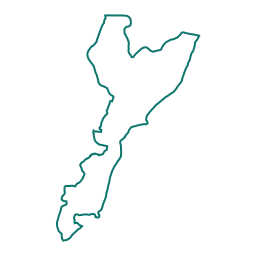 Ovia North-East, Edo, Nigeria
{"feature_id": "59680162B48615386953659", "entity_name": "Ovia North-East", "entity_type": "district", "adm_level": 2, "iso_a3": "NGA", "parent_name": "Nigeria", "parent_adm1": "Edo", "projection": "mercator", "projection_center": [5.497, 6.396], "detail": "fine", "context": "isolated", "style": "outline", "palette": "teal", "viewbox_px": 256, "rotation_deg": 0, "n_neighbors": 0, "source": "geoboundaries", "source_scale": "gbopen_adm2", "svg_char_len": 5344}
<svg xmlns="http://www.w3.org/2000/svg" viewBox="0 0 256 256"><path d="M101.3,209.7L101.6,209.2L101.9,208.4L102.2,207.4L102.5,206.5L102.9,205.0L103.9,202.0L104.4,200.7L105.0,199.8L105.4,197.9L106.1,196.5L106.2,194.3L106.6,192.6L107.2,190.7L107.6,188.8L108.0,186.8L109.1,182.4L109.5,180.5L109.9,177.9L111.1,174.1L111.7,172.4L112.3,170.6L113.4,168.5L114.2,166.8L115.2,165.3L116.1,164.0L117.9,161.0L119.0,159.7L120.6,157.0L121.0,156.1L121.0,155.4L121.0,154.4L121.2,152.9L121.2,151.0L121.0,150.2L121.0,148.9L121.0,147.4L120.8,145.1L120.4,143.6L120.1,142.5L120.3,141.2L120.8,140.6L122.1,139.6L123.4,138.4L124.7,137.4L125.3,136.3L125.1,136.2L125.9,135.1L126.6,134.3L127.6,133.2L128.0,132.8L128.6,131.4L129.0,130.1L130.1,128.6L131.5,127.1L132.7,126.7L134.2,126.4L135.6,126.0L137.3,125.5L139.0,125.1L140.2,124.7L141.7,124.7L142.9,124.4L143.9,124.0L144.8,124.2L145.8,124.4L146.8,123.9L147.4,123.5L147.6,122.9L147.2,121.6L146.6,120.6L146.2,119.9L146.2,119.3L146.2,118.2L146.6,116.7L147.0,115.9L147.4,114.8L148.3,114.0L148.9,113.1L149.7,112.0L150.3,111.3L151.4,110.1L152.8,108.6L155.3,105.8L156.6,104.6L157.2,104.1L163.1,99.2L164.4,98.2L165.6,97.1L167.9,95.8L169.9,94.3L171.6,93.2L172.0,92.9L173.3,92.1L175.1,90.2L176.1,88.9L177.6,86.5L179.5,84.0L181.1,82.0L182.1,80.1L182.3,78.2L183.6,74.9L184.4,72.3L184.8,71.3L186.1,67.9L187.6,65.6L188.0,63.5L188.5,62.4L188.7,61.7L189.7,60.0L190.3,57.6L190.7,55.9L191.3,54.0L192.1,52.3L193.2,51.2L193.8,48.6L194.4,47.1L195.2,42.0L196.7,40.3L197.5,39.1L199.1,35.7L196.3,35.0L193.9,34.6L191.8,34.2L190.1,34.0L186.6,33.2L183.5,32.4L182.4,32.4L181.4,33.0L181.0,33.7L180.2,34.7L179.1,35.8L177.9,37.1L176.9,37.7L175.2,38.4L173.3,39.3L172.0,39.3L170.0,40.1L166.2,42.1L165.6,42.7L164.5,43.8L163.5,44.9L162.8,46.1L160.8,49.8L153.7,51.5L153.4,51.6L152.7,51.7L152.1,51.4L151.0,50.9L149.7,50.0L149.4,49.7L148.7,49.0L146.5,47.3L145.7,47.3L144.0,47.5L141.9,48.4L140.2,49.9L139.1,50.9L138.5,51.4L136.4,53.3L134.9,54.8L134.1,55.9L133.2,57.2L132.0,57.2L131.3,56.5L130.7,55.3L129.2,53.3L128.8,52.1L128.5,51.2L128.7,48.7L128.5,46.1L128.9,43.7L128.6,42.6L128.5,41.4L128.0,40.2L127.2,38.0L126.1,36.3L125.8,35.7L125.3,34.4L124.9,34.1L124.6,32.7L124.4,32.1L124.4,31.3L124.4,29.3L125.0,28.3L125.1,28.2L125.6,27.4L126.7,26.8L128.0,26.6L129.0,26.3L129.7,25.9L130.7,24.6L130.9,22.5L130.5,19.1L129.9,18.3L129.4,17.5L128.6,16.8L127.1,15.9L125.3,15.7L122.9,15.5L105.2,15.4L105.6,17.7L105.0,19.2L104.4,20.1L104.0,22.0L104.0,22.9L102.3,25.3L101.5,27.2L100.7,29.5L99.9,31.4L99.7,32.5L99.1,33.6L98.4,35.7L98.0,37.4L98.0,37.5L97.4,38.5L96.8,40.0L96.8,41.3L95.1,43.6L94.3,44.5L92.9,45.8L91.4,46.6L90.4,47.9L89.8,48.8L88.5,50.5L87.5,53.3L87.3,54.3L87.9,57.3L88.1,57.8L88.6,59.0L89.6,60.5L90.8,62.2L92.1,63.7L92.7,64.7L93.8,66.2L94.4,68.3L94.8,70.0L95.6,72.6L96.3,74.0L96.9,75.7L97.0,76.1L97.3,77.4L98.0,79.6L98.6,82.5L99.2,83.6L100.3,84.9L101.3,85.5L102.3,85.9L102.7,86.1L103.4,86.3L105.2,87.1L106.1,87.6L106.9,88.0L107.9,89.9L108.2,90.7L109.2,93.1L110.0,94.1L111.3,95.2L112.9,96.0L113.4,96.9L113.6,97.3L113.2,97.9L112.1,101.3L111.3,101.1L110.6,101.3L110.1,101.3L109.8,102.4L109.6,103.3L109.4,104.5L108.8,105.6L108.2,106.9L107.8,108.2L107.6,109.2L106.8,110.1L106.8,111.0L106.8,111.8L107.4,113.3L106.8,114.1L106.2,114.8L105.3,115.4L104.5,116.7L103.5,118.0L102.8,118.9L102.6,120.1L102.1,121.1L101.8,121.6L101.2,124.0L101.0,124.9L100.8,126.3L100.2,127.3L99.6,127.4L99.5,128.4L99.8,129.2L100.8,129.6L101.3,129.8L101.2,131.4L101.1,131.9L99.3,131.8L98.7,131.7L97.7,131.7L94.5,131.3L94.0,131.1L93.6,130.7L93.3,132.1L93.2,132.6L93.8,134.1L93.6,135.0L94.0,136.5L94.4,138.4L94.5,139.4L94.8,140.2L95.4,141.2L95.9,141.8L96.9,142.8L97.8,143.5L98.3,143.8L99.0,144.4L99.4,144.5L100.2,144.7L101.7,145.0L102.8,145.3L103.4,145.3L103.7,145.5L105.2,145.7L107.2,146.2L107.1,146.8L107.0,147.3L106.9,148.1L106.9,148.9L106.8,149.6L106.1,150.2L105.0,150.8L104.0,152.0L103.0,154.1L101.7,154.5L101.1,154.6L99.9,154.8L99.5,155.4L98.7,155.2L98.5,154.7L98.0,154.4L97.2,154.3L96.4,154.0L95.2,153.6L94.6,154.1L94.0,153.7L92.9,154.2L92.4,154.4L91.8,154.2L91.4,154.5L91.0,155.5L90.5,155.5L90.1,155.7L90.0,156.6L89.2,157.6L88.2,157.8L87.5,158.6L86.4,158.8L85.7,159.2L84.9,160.0L83.9,161.2L81.8,162.6L80.7,163.7L80.5,164.3L80.1,165.3L80.7,166.4L81.2,167.7L81.7,168.7L81.9,170.2L82.8,171.5L83.2,171.9L83.9,172.5L84.3,173.2L84.4,173.7L84.3,174.4L84.1,175.2L84.0,175.7L83.7,176.1L83.5,176.6L83.1,176.9L82.7,178.5L81.6,179.9L80.4,181.6L78.8,182.9L77.7,183.2L76.0,184.8L75.6,185.9L75.0,186.4L73.9,186.1L73.4,185.9L71.9,185.7L70.2,186.0L67.5,186.0L65.7,185.9L64.6,187.2L64.5,188.7L64.5,190.2L64.5,191.0L64.8,191.7L64.8,192.9L64.2,194.3L63.5,195.0L62.1,196.6L61.6,199.2L62.7,200.6L64.5,201.2L66.4,201.3L66.7,202.6L66.5,204.2L65.5,205.0L63.5,205.6L62.3,206.3L61.9,206.7L61.4,207.1L60.9,209.7L60.2,212.1L59.5,214.0L58.6,216.7L57.8,219.7L56.9,222.8L57.2,226.6L58.2,229.6L58.8,231.2L60.5,232.8L61.6,233.7L61.9,238.4L62.4,239.2L63.2,240.6L66.9,239.9L69.8,238.2L72.3,234.8L74.6,232.6L76.6,230.9L78.1,229.3L80.1,228.2L82.1,226.2L79.0,224.9L77.8,223.2L77.0,222.8L74.8,223.2L74.6,221.5L74.8,220.5L73.9,218.0L74.9,215.0L76.5,214.3L77.9,214.6L78.8,215.2L82.1,214.9L84.2,214.4L87.0,214.5L89.4,214.8L90.3,214.5L92.0,213.9L94.6,214.3L95.7,216.5L95.6,217.1L98.0,217.6L99.2,216.9L99.2,215.9L99.2,214.8L98.3,213.5L98.4,211.9L99.7,210.9L100.5,210.3L101.3,209.7Z" fill="none" stroke="#0f766e" stroke-width="2"/></svg>